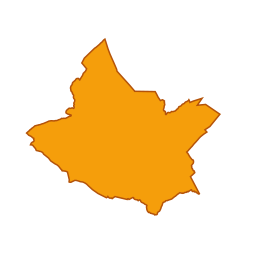 the district of Zinacantán, Chiapas, Mexico, rotated 203°
{"feature_id": "50627088B49923659697837", "entity_name": "Zinacantán", "entity_type": "district", "adm_level": 2, "iso_a3": "MEX", "parent_name": "Mexico", "parent_adm1": "Chiapas", "projection": "robinson", "projection_center": [-92.788, 16.712], "detail": "fine", "context": "isolated", "style": "filled", "palette": "amber", "viewbox_px": 256, "rotation_deg": 203, "n_neighbors": 0, "source": "geoboundaries", "source_scale": "gbopen_adm2", "svg_char_len": 5589}
<svg xmlns="http://www.w3.org/2000/svg" viewBox="0 0 256 256"><g transform="rotate(203 128 128)"><path d="M71.4,184.3L78.3,178.4L81.0,175.7L82.6,177.5L83.0,177.8L83.1,177.0L83.6,176.2L83.8,175.9L84.2,175.3L84.7,175.0L84.8,174.9L85.5,173.8L85.7,172.9L86.1,172.2L86.4,171.9L87.2,171.2L87.3,170.9L87.6,170.0L87.6,169.7L88.2,168.6L88.5,168.3L88.7,168.2L88.8,168.1L89.2,167.8L89.5,167.3L89.5,166.3L89.6,165.9L89.7,165.3L89.8,165.0L90.4,164.3L90.5,163.5L90.8,163.0L91.0,162.8L91.2,162.4L91.4,161.8L91.6,161.7L91.8,161.6L92.3,161.3L92.5,161.0L93.3,160.5L94.4,160.2L94.6,159.8L94.9,158.9L95.3,158.6L95.7,158.3L96.2,158.3L97.0,158.1L97.5,157.7L97.7,157.0L98.1,156.2L98.0,155.6L98.1,155.4L98.3,155.2L98.5,155.2L98.8,155.3L99.3,156.3L99.6,157.2L100.0,157.6L100.5,157.6L100.7,157.9L101.0,158.0L101.4,157.8L101.9,158.0L102.4,158.5L102.6,159.0L102.8,160.7L103.0,161.6L103.3,162.5L103.2,163.4L103.4,164.1L103.7,164.5L104.1,165.0L104.2,165.5L104.5,165.7L104.8,166.0L104.9,166.3L104.9,166.9L105.0,167.1L105.4,167.2L105.6,167.3L106.4,167.3L107.0,167.5L107.4,167.4L108.9,165.9L112.3,168.1L115.1,170.5L117.2,172.1L136.2,164.4L136.4,164.6L142.8,167.8L158.9,175.3L160.3,176.0L161.5,177.7L166.0,182.0L173.6,189.1L177.4,193.1L182.5,199.1L184.0,200.8L184.8,199.4L185.5,197.0L186.4,195.4L186.9,193.9L189.0,189.7L189.9,188.4L192.2,183.0L195.5,175.2L195.9,169.8L189.2,166.3L189.3,165.8L189.2,165.2L189.3,164.2L189.4,163.6L189.7,162.6L189.9,162.4L190.1,161.7L190.5,160.9L190.5,160.2L190.4,159.4L190.4,158.5L190.8,156.4L191.1,154.0L191.2,153.3L191.4,153.3L192.6,154.2L193.0,154.2L193.3,154.2L193.6,154.0L193.8,153.9L194.3,153.6L194.7,153.3L194.9,152.8L195.1,152.2L195.2,151.4L195.3,151.0L195.4,150.7L195.7,150.5L195.7,150.2L196.4,148.9L196.7,148.2L196.7,147.3L196.4,146.9L196.5,145.6L196.8,144.9L196.8,143.3L196.6,142.5L196.4,142.0L195.9,141.5L195.6,140.6L195.1,140.3L194.9,139.8L194.2,139.4L193.9,139.3L193.3,139.0L192.8,138.4L192.6,137.9L191.1,137.1L190.9,136.9L190.6,136.2L190.4,135.4L190.1,134.7L189.5,134.1L189.2,133.9L188.3,133.4L187.8,132.7L187.6,131.9L187.5,131.4L187.5,131.1L187.6,130.5L187.6,129.8L187.3,129.2L186.6,128.7L186.8,127.9L186.7,127.4L186.5,127.0L186.3,126.7L185.9,126.5L185.7,126.3L185.6,125.8L185.5,125.4L185.6,125.1L185.7,124.8L185.9,124.7L187.0,124.8L187.7,124.4L188.2,123.8L188.4,123.7L189.0,123.5L189.3,123.5L189.9,123.2L190.3,122.7L190.5,122.2L191.0,121.1L191.3,120.6L191.5,120.0L191.4,118.5L191.2,118.1L190.8,117.6L189.1,117.3L187.4,117.4L187.1,117.6L186.9,117.5L186.2,117.7L185.6,117.7L185.3,117.6L185.2,117.3L185.2,117.0L185.4,116.6L185.7,116.3L186.5,115.9L186.6,115.6L187.3,115.0L187.7,114.2L188.5,113.4L188.7,113.2L189.0,112.7L189.4,112.4L190.5,112.0L191.2,111.7L191.5,111.4L192.0,111.2L192.7,111.0L193.0,110.8L193.5,109.8L193.9,109.4L195.2,108.4L195.9,107.5L196.7,106.9L197.7,106.4L198.0,106.3L198.5,105.8L199.2,105.5L201.5,104.7L203.6,103.4L203.9,102.9L204.4,102.5L204.7,102.1L207.9,98.8L208.6,98.4L210.3,96.7L211.5,96.0L211.7,95.6L212.5,95.2L212.9,94.9L213.5,94.3L214.4,93.8L215.6,91.4L216.7,89.7L216.9,88.8L217.2,88.5L217.6,87.9L217.8,87.1L219.3,84.0L219.4,83.7L219.1,83.6L217.7,83.1L216.7,82.6L213.6,82.4L211.9,81.7L210.7,81.7L210.4,80.7L209.7,80.1L209.5,79.0L210.1,78.0L210.6,77.5L211.2,76.2L211.2,74.4L209.2,75.0L206.0,73.3L205.2,73.0L203.7,71.5L202.5,71.6L201.9,71.9L200.6,71.9L199.0,72.3L197.7,72.2L196.3,71.7L195.5,71.0L189.4,69.3L186.3,67.5L181.4,66.5L178.8,66.3L176.9,65.7L173.5,63.8L172.8,63.7L172.1,62.9L171.6,62.9L171.0,63.2L168.3,63.9L166.5,63.8L163.2,59.3L161.8,57.4L161.3,55.6L161.0,55.2L159.4,55.7L156.5,59.0L155.2,59.5L152.6,59.9L151.2,59.9L150.0,60.2L148.7,60.6L147.1,60.6L145.9,60.5L144.2,60.2L141.7,59.2L136.6,57.4L130.0,56.0L120.6,55.4L120.0,56.2L119.8,57.1L118.8,56.5L117.4,56.3L115.6,57.1L115.0,56.8L113.2,59.8L100.8,61.9L100.7,62.6L100.3,63.0L99.8,62.9L99.2,62.6L98.8,62.9L98.4,63.5L97.9,64.2L97.4,64.7L96.3,66.0L95.6,66.0L95.2,65.4L94.2,65.0L93.6,65.0L92.2,65.2L91.4,65.6L90.8,65.4L90.5,65.1L90.0,65.2L89.5,66.3L89.0,66.3L88.4,66.3L87.9,65.8L87.3,65.2L86.4,64.9L85.1,64.9L83.8,64.8L83.0,64.5L82.4,64.4L81.4,64.4L80.4,64.2L80.3,63.9L80.2,62.6L79.3,61.2L78.7,60.2L77.6,59.1L76.6,58.6L76.1,58.3L75.2,58.6L75.1,58.8L74.0,58.3L73.3,58.5L71.2,58.7L70.5,58.9L70.0,58.7L69.6,58.4L69.3,58.5L68.7,59.0L67.9,59.3L67.6,59.6L67.4,60.3L67.7,61.2L67.7,61.8L67.5,62.2L67.3,62.8L66.8,63.3L66.4,64.2L66.3,66.6L66.5,68.1L66.4,70.5L66.6,71.7L66.6,72.7L66.4,73.4L65.1,74.6L64.9,75.7L64.6,76.0L63.7,76.3L62.4,77.6L60.0,79.7L58.8,82.0L58.5,82.6L58.2,83.1L57.6,83.9L57.4,84.4L56.4,86.5L55.9,87.1L55.2,88.4L55.0,88.7L53.9,88.8L52.6,89.1L52.3,89.2L52.2,89.4L52.1,89.5L51.6,89.6L51.2,89.8L50.7,90.7L50.3,91.0L49.4,91.4L48.9,91.9L48.8,92.6L48.7,92.7L48.1,92.6L47.9,92.6L47.5,93.0L47.4,93.5L47.1,93.7L46.4,94.8L46.1,95.4L45.6,95.9L45.3,95.9L45.1,95.7L44.7,95.2L44.2,94.9L43.7,94.8L43.4,94.9L43.1,95.2L42.7,95.6L42.1,95.8L41.9,95.7L41.7,95.2L40.4,95.7L40.1,95.5L40.0,95.3L39.8,95.2L38.2,95.2L37.9,94.9L37.4,94.8L37.0,94.9L36.8,95.0L36.7,95.1L36.6,95.4L51.5,107.6L49.1,112.9L49.2,113.2L49.6,113.6L50.0,113.6L50.2,114.0L50.3,114.3L51.9,114.7L52.3,115.0L52.6,115.5L53.0,115.9L53.5,116.0L53.8,116.3L54.0,116.6L54.1,117.2L54.7,117.8L54.9,118.3L54.2,121.1L54.3,122.0L54.6,122.8L55.0,123.5L55.9,124.1L56.4,123.8L58.9,125.1L60.9,126.4L61.9,127.2L63.1,128.1L63.4,128.1L64.6,128.8L63.7,130.8L63.4,132.1L63.2,132.4L62.4,134.8L61.8,136.3L61.1,138.9L60.7,140.1L60.3,141.0L60.0,141.9L59.1,144.6L58.5,146.6L57.8,148.4L55.9,151.9L53.8,155.1L54.2,155.3L55.3,155.8L56.5,156.4L54.2,159.9L53.2,161.4L48.8,176.6L65.8,180.0L73.1,176.0L71.4,184.3Z" fill="#f59e0b" stroke="#b45309" stroke-width="1.5"/></g></svg>